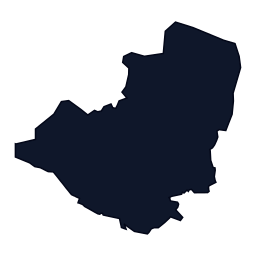 outline of Gharb Bara, North Kordufan, Sudan
{"feature_id": "16777658B80207598805247", "entity_name": "Gharb Bara", "entity_type": "district", "adm_level": 2, "iso_a3": "SDN", "parent_name": "Sudan", "parent_adm1": "North Kordufan", "projection": "albers", "projection_center": [29.57, 13.951], "detail": "fine", "context": "isolated", "style": "filled", "palette": "ink", "viewbox_px": 256, "rotation_deg": 0, "n_neighbors": 0, "source": "geoboundaries", "source_scale": "gbopen_adm2", "svg_char_len": 1994}
<svg xmlns="http://www.w3.org/2000/svg" viewBox="0 0 256 256"><path d="M121.4,227.3L121.4,227.5L122.8,228.0L123.5,228.3L124.9,228.8L126.1,229.2L124.3,224.3L124.4,224.2L126.1,225.5L134.4,231.4L147.4,233.9L148.9,232.4L151.3,228.8L154.1,227.7L158.3,227.7L162.5,224.3L164.7,222.5L169.6,217.9L170.4,216.8L179.1,220.0L180.4,220.5L182.7,217.4L175.7,209.8L175.8,209.7L177.8,207.1L178.6,204.1L177.5,202.2L170.6,201.0L169.2,197.6L169.3,197.6L169.2,197.5L171.7,196.3L181.6,194.2L182.4,192.2L184.0,193.0L187.0,190.1L188.3,191.4L189.3,189.7L191.5,189.4L194.4,192.7L207.6,192.6L209.1,191.3L208.4,188.4L208.5,188.3L208.4,188.2L208.8,185.9L215.9,182.3L215.1,180.4L214.3,176.6L215.2,170.3L215.0,167.9L213.1,167.5L210.7,160.3L210.2,150.8L209.8,149.5L212.5,147.8L214.6,144.8L216.6,140.4L217.8,137.0L216.9,131.2L219.0,129.6L225.8,130.5L228.4,123.7L232.1,114.3L233.4,101.0L233.1,93.2L240.6,67.6L239.1,56.2L238.8,55.3L235.0,43.6L223.5,40.2L211.7,35.3L193.0,27.6L175.5,22.1L165.3,31.2L163.3,53.5L144.4,56.3L131.6,52.7L123.7,56.5L122.7,62.4L128.9,68.1L128.7,74.6L125.9,86.8L122.0,92.1L126.9,98.0L119.1,100.9L117.4,105.1L115.7,108.4L112.7,107.7L111.0,104.0L104.0,106.7L101.3,111.0L97.7,111.8L94.5,110.4L87.8,115.0L80.8,109.4L68.7,100.6L61.4,101.6L53.9,114.1L35.5,129.0L35.5,139.4L15.9,144.0L15.4,143.8L15.4,144.0L15.4,148.8L15.4,152.7L15.4,157.0L27.6,162.0L28.0,162.1L28.3,162.3L29.6,162.8L34.8,166.6L39.5,167.5L40.4,167.7L46.5,170.8L48.2,171.6L53.3,171.9L56.6,175.9L61.0,181.5L62.4,183.2L62.8,183.7L64.6,186.0L66.2,188.1L68.7,191.1L69.6,192.3L70.5,193.4L71.5,194.6L71.9,194.8L72.8,195.2L73.8,195.7L74.7,196.0L75.4,196.4L76.3,196.9L78.4,197.8L78.6,197.9L79.5,198.4L79.0,200.0L78.5,201.2L78.0,202.8L79.1,203.1L80.2,203.5L80.4,203.6L82.0,204.2L83.0,204.8L84.0,205.7L84.3,206.2L84.9,206.6L88.2,208.4L88.9,208.8L92.8,211.0L94.7,212.1L97.7,213.7L97.8,213.8L99.7,214.2L101.1,213.3L102.5,213.3L103.2,215.0L109.6,216.4L119.5,218.5L121.4,227.1L121.4,227.3L121.4,227.3Z" fill="#0f172a" stroke="#020617" stroke-width="1.5"/></svg>